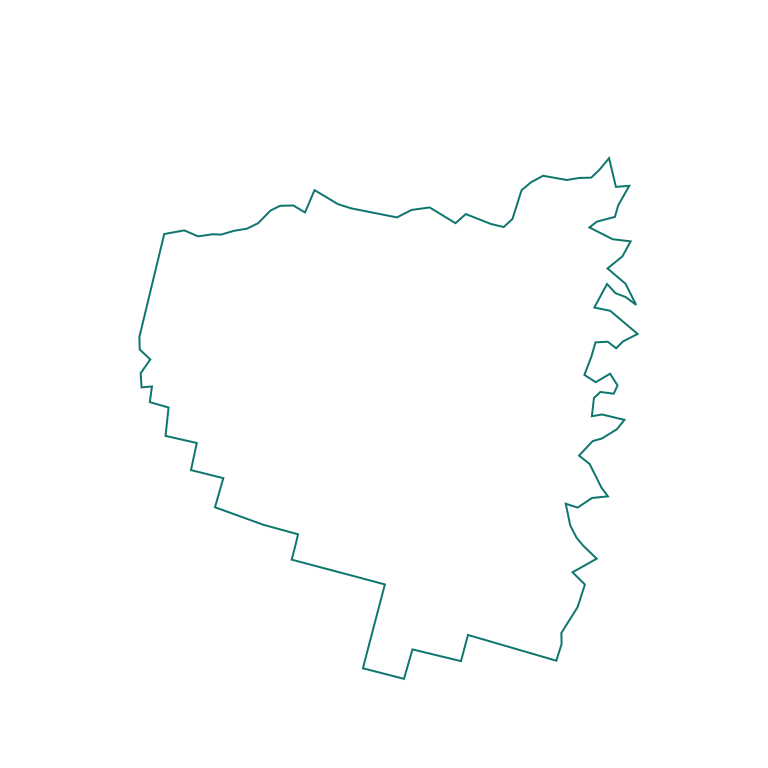 the district of Putinga, Rio Grande do Sul, Brazil, rotated 196°
{"feature_id": "56859067B9535138081372", "entity_name": "Putinga", "entity_type": "district", "adm_level": 2, "iso_a3": "BRA", "parent_name": "Brazil", "parent_adm1": "Rio Grande do Sul", "projection": "robinson", "projection_center": [-52.165, -29.032], "detail": "fine", "context": "isolated", "style": "outline", "palette": "teal", "viewbox_px": 768, "rotation_deg": 196, "n_neighbors": 0, "source": "geoboundaries", "source_scale": "gbopen_adm2", "svg_char_len": 1486}
<svg xmlns="http://www.w3.org/2000/svg" viewBox="0 0 768 768"><g transform="rotate(196 384 384)"><path d="M512.5,218.9L461.1,215.4L425.2,215.8L424.7,205.2L424.3,189.7L343.7,191.3L327.9,191.6L326.7,137.3L325.9,104.9L283.5,106.1L283.5,136.7L233.6,138.8L234.1,165.9L142.1,165.5L141.6,183.0L144.9,193.6L136.4,222.9L135.6,246.6L150.9,255.0L131.4,274.7L148.4,283.7L156.6,289.4L166.0,299.4L176.3,319.0L163.8,318.6L152.6,331.8L137.8,337.7L146.3,344.2L164.3,363.8L176.8,368.9L167.7,386.6L159.5,391.7L147.6,404.8L143.0,415.8L166.0,414.8L175.3,410.3L178.3,428.4L173.8,436.0L160.5,438.0L159.1,447.0L169.5,456.2L181.0,444.1L193.9,448.0L192.2,467.2L192.2,482.3L180.5,486.3L170.7,482.3L166.0,490.8L154.0,502.0L186.7,516.7L202.9,515.5L197.2,541.6L186.5,535.1L175.8,534.2L163.5,529.6L179.4,546.9L201.0,556.7L190.0,572.4L186.2,589.1L204.1,586.2L229.7,591.1L224.2,598.7L208.1,608.3L208.1,620.3L202.9,642.1L215.4,637.4L229.9,663.1L236.3,648.6L241.8,639.4L252.9,636.0L264.5,630.5L288.5,628.0L298.3,618.4L305.2,608.2L306.0,578.1L312.2,567.9L325.4,567.3L352.2,569.9L359.6,558.3L388.8,566.3L405.5,558.9L417.5,547.7L464.0,543.8L477.9,544.2L504.2,551.2L507.2,527.1L520.3,530.6L532.9,526.7L540.8,519.6L549.3,503.9L558.6,495.5L570.3,490.0L581.8,482.7L589.7,480.8L603.4,474.7L618.4,476.6L636.6,467.6L632.1,361.8L628.3,349.8L615.4,343.2L620.9,327.3L616.1,313.9L606.4,317.7L604.1,302.0L584.6,302.0L579.7,273.9L547.7,275.7L545.8,248.0L512.5,249.2L512.5,218.9Z" fill="none" stroke="#0f766e" stroke-width="2"/></g></svg>